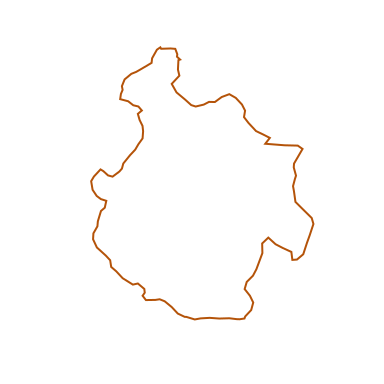 the district of Dromolaxia, Larnaca, Cyprus, rotated 47°
{"feature_id": "46923920B21347225976460", "entity_name": "Dromolaxia", "entity_type": "district", "adm_level": 2, "iso_a3": "CYP", "parent_name": "Cyprus", "parent_adm1": "Larnaca", "projection": "equal_earth", "projection_center": [33.583, 34.885], "detail": "fine", "context": "isolated", "style": "outline", "palette": "amber", "viewbox_px": 384, "rotation_deg": 47, "n_neighbors": 0, "source": "geoboundaries", "source_scale": "gbopen_adm2", "svg_char_len": 1736}
<svg xmlns="http://www.w3.org/2000/svg" viewBox="0 0 384 384"><g transform="rotate(47 192 192)"><path d="M87.0,110.4L82.8,110.7L81.2,108.8L75.9,106.6L72.4,109.8L66.2,116.9L64.6,116.5L64.0,120.6L67.0,130.0L70.0,133.5L67.2,146.2L66.1,150.9L64.2,155.8L63.7,164.5L66.8,171.1L70.0,173.1L71.8,177.1L75.1,181.2L82.1,176.8L88.5,175.8L92.9,172.9L98.2,173.1L97.9,178.3L103.6,181.2L109.9,183.1L114.2,186.3L119.1,191.6L120.5,198.6L122.3,204.6L122.8,212.1L124.3,222.8L127.1,227.3L127.5,231.2L126.6,239.6L122.6,242.1L116.3,242.6L113.1,243.5L113.8,253.2L115.3,258.3L115.5,258.5L122.6,263.2L129.9,264.4L135.0,263.5L140.0,260.7L144.0,266.5L143.8,271.5L149.2,280.8L152.6,284.6L155.0,292.3L159.1,296.6L167.7,299.4L179.7,298.4L182.7,298.4L186.1,298.4L191.7,302.2L198.2,301.5L207.8,301.5L219.4,298.4L222.0,294.0L230.4,293.0L233.4,295.2L234.2,298.9L239.6,299.4L242.6,296.1L246.0,292.3L248.4,288.8L253.3,286.5L262.4,285.3L271.2,285.3L278.3,282.5L279.5,281.3L287.1,276.9L290.3,271.9L296.1,264.9L303.2,258.3L309.8,250.8L315.4,246.1L317.5,244.0L320.3,239.9L319.3,238.0L318.7,229.2L314.6,222.6L307.4,220.4L298.9,219.7L295.1,213.3L294.8,204.5L292.4,197.6L289.6,192.0L284.7,182.2L277.5,175.8L277.4,167.3L287.2,166.5L295.1,163.7L303.6,160.2L310.1,164.9L313.0,161.3L313.4,153.1L307.6,142.6L303.9,135.4L298.2,125.0L292.7,122.2L269.8,123.1L261.1,117.0L256.6,114.1L252.7,107.9L251.0,104.8L243.4,100.8L240.8,98.0L235.9,81.8L230.2,83.0L220.9,92.5L206.7,105.5L205.5,98.2L198.3,100.8L191.2,103.6L180.1,103.6L172.7,102.9L168.7,97.7L162.1,95.8L153.0,95.8L145.9,98.0L142.8,105.5L141.8,113.9L137.7,118.1L136.1,123.8L132.0,131.0L127.9,133.3L119.8,134.0L108.6,135.4L99.1,133.1L98.3,121.9L92.9,118.8L86.3,112.0L87.0,110.4Z" fill="none" stroke="#b45309" stroke-width="2"/></g></svg>